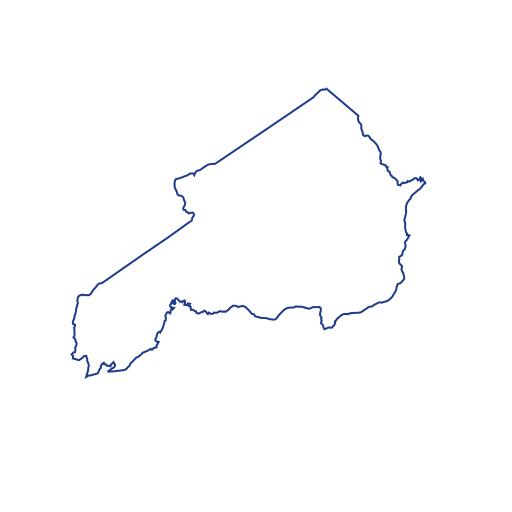 the district of Alto Garças, Mato Grosso, Brazil, rotated 205°
{"feature_id": "56859067B91016668393749", "entity_name": "Alto Garças", "entity_type": "district", "adm_level": 2, "iso_a3": "BRA", "parent_name": "Brazil", "parent_adm1": "Mato Grosso", "projection": "equal_earth", "projection_center": [-53.581, -16.842], "detail": "fine", "context": "isolated", "style": "outline", "palette": "blue", "viewbox_px": 512, "rotation_deg": 205, "n_neighbors": 0, "source": "geoboundaries", "source_scale": "gbopen_adm2", "svg_char_len": 6109}
<svg xmlns="http://www.w3.org/2000/svg" viewBox="0 0 512 512"><g transform="rotate(205 256 256)"><path d="M330.8,258.4L343.4,235.9L359.5,208.8L384.0,166.6L385.5,165.3L386.6,164.8L387.3,163.2L388.2,159.3L388.7,158.0L389.1,156.5L389.9,151.4L391.1,149.7L393.4,148.8L394.6,148.1L397.0,147.6L397.7,146.7L398.7,146.3L399.7,144.8L400.0,142.8L399.4,141.8L399.0,139.8L397.9,138.6L397.3,137.1L397.4,135.6L396.9,134.2L396.7,132.8L396.3,131.0L395.7,129.7L395.4,128.0L395.0,124.4L394.2,122.6L394.4,120.6L394.0,118.4L393.0,117.0L391.1,117.3L390.4,116.0L390.5,114.0L389.3,112.2L387.3,108.2L386.8,106.8L387.0,105.1L385.3,104.6L382.3,101.5L381.4,100.6L381.2,99.2L381.0,97.9L381.2,96.3L380.0,94.9L379.4,92.4L380.7,91.4L381.5,88.7L379.4,88.0L378.7,85.8L376.4,86.2L375.3,86.3L372.4,86.8L370.8,89.4L370.0,91.1L369.5,92.8L367.5,93.7L366.5,92.2L365.3,91.2L364.8,89.8L363.8,88.8L362.9,88.2L361.3,86.3L360.8,84.1L359.8,81.1L358.8,74.6L357.1,76.9L355.6,78.0L354.7,78.3L353.9,79.3L350.3,82.2L349.7,83.6L349.9,85.1L349.8,87.9L349.3,89.0L350.1,90.8L350.0,92.5L349.5,94.0L348.8,94.9L347.9,93.7L346.1,94.4L345.1,93.6L343.9,93.7L342.5,94.6L341.3,94.5L341.5,96.2L340.3,99.6L339.2,98.7L337.9,98.1L337.4,96.6L337.6,95.3L338.3,93.9L339.5,92.4L340.6,90.0L341.7,88.4L336.0,91.4L327.9,96.5L326.5,97.7L325.7,99.0L325.1,101.3L324.3,102.9L324.3,105.8L323.7,107.1L322.9,109.3L322.6,110.5L321.5,113.4L320.1,114.9L318.5,118.1L317.8,120.6L316.5,121.7L315.5,123.0L314.2,124.3L313.4,125.4L312.3,127.3L311.1,126.9L310.3,127.5L309.9,129.4L308.5,130.3L307.5,131.2L308.4,132.8L307.9,134.7L308.0,137.0L309.4,136.3L310.2,136.8L311.3,136.8L312.0,137.8L312.0,140.9L312.6,143.0L312.6,144.8L311.6,146.5L310.5,146.1L310.5,147.7L310.1,149.0L310.1,151.3L310.9,156.7L311.3,158.4L310.7,159.8L311.2,160.8L311.7,162.2L312.6,163.0L313.1,164.8L312.7,167.1L312.1,168.1L309.5,167.7L309.7,169.1L310.3,170.4L310.4,172.6L309.8,173.9L312.2,173.8L313.1,175.1L312.8,176.7L313.0,178.7L312.7,181.4L312.2,180.2L310.9,178.0L309.3,178.0L309.1,179.4L310.3,180.4L311.1,182.2L311.0,183.6L309.8,184.1L306.8,183.0L305.4,182.3L304.3,183.3L303.1,183.0L302.9,184.5L302.0,185.5L300.9,184.6L300.4,182.9L300.3,181.4L297.8,182.3L297.8,184.2L296.8,184.4L295.6,184.8L295.6,182.3L293.9,182.5L293.0,180.8L292.0,179.7L290.3,180.7L288.3,180.2L286.9,180.5L286.0,179.3L283.9,179.4L281.4,182.4L280.2,183.2L279.8,184.7L277.7,184.4L276.4,183.4L275.0,183.0L274.9,184.7L273.7,184.7L272.4,184.4L270.5,185.7L270.2,187.0L268.1,187.6L266.5,189.2L265.4,190.8L262.6,191.3L261.5,192.4L260.1,192.4L257.8,196.5L257.6,198.2L256.6,199.7L255.9,201.2L253.8,202.1L252.3,202.4L250.6,202.1L249.5,203.3L246.6,205.3L245.3,205.2L243.8,205.3L242.0,204.6L239.9,204.0L235.4,201.8L233.7,202.3L232.3,201.8L231.4,201.0L228.6,201.4L227.5,201.9L226.1,201.7L222.2,203.4L220.6,203.9L218.9,204.3L217.2,204.4L215.6,205.0L213.4,205.6L212.1,206.4L211.0,208.1L210.3,212.0L208.1,218.3L207.3,220.0L206.6,221.0L204.9,222.7L203.5,223.6L201.0,224.7L199.5,225.8L198.5,227.3L196.7,227.7L195.6,228.1L194.7,228.7L193.5,229.2L191.9,229.4L190.5,230.0L189.2,229.8L187.8,230.3L186.6,230.3L185.3,230.8L183.9,232.3L183.1,233.5L181.8,234.3L180.6,234.7L179.4,235.4L178.0,235.9L176.9,236.6L175.2,236.0L174.4,234.5L173.4,230.0L171.3,228.1L170.4,227.6L170.3,226.2L169.2,225.2L168.8,222.7L167.5,222.3L165.9,221.4L164.3,219.4L163.0,218.6L160.1,221.8L158.7,222.3L156.9,223.2L156.5,224.8L155.9,226.2L155.9,228.8L156.9,230.1L156.2,231.4L156.0,233.2L153.6,238.5L152.4,240.0L151.2,240.9L150.1,241.4L149.0,241.6L147.9,242.8L146.9,243.0L146.0,244.3L144.6,245.1L143.3,245.6L142.3,246.4L140.8,246.9L137.2,249.2L136.3,250.6L134.1,254.4L132.6,256.9L131.1,258.4L129.4,259.4L128.6,261.2L125.4,265.4L124.1,266.4L122.9,266.7L121.9,267.1L120.7,268.4L118.2,270.5L116.8,272.7L115.6,275.6L115.2,277.3L114.6,283.6L114.9,285.4L115.3,287.1L115.8,290.1L114.7,291.6L113.8,292.2L113.1,293.7L112.0,297.9L113.1,300.0L115.4,302.8L116.4,303.3L117.2,304.2L118.5,305.2L119.0,307.7L119.9,308.8L122.4,309.7L123.7,310.5L125.0,313.9L125.9,315.7L124.8,317.2L124.1,318.5L124.9,322.5L124.1,325.4L124.4,327.5L125.0,329.0L125.9,329.9L126.8,331.7L126.6,333.1L126.0,334.5L125.8,338.2L125.6,339.5L126.7,339.5L128.2,338.8L128.7,340.2L130.3,341.2L132.7,344.5L133.5,346.0L134.2,348.1L136.7,351.0L137.7,356.3L138.7,360.0L139.5,360.9L141.0,364.4L141.3,366.4L141.5,368.3L141.1,369.9L140.9,371.4L140.3,373.2L140.4,375.5L140.0,377.7L137.7,382.4L136.8,384.5L136.0,385.6L135.4,387.5L134.4,392.0L133.3,393.4L134.1,394.4L136.4,395.0L137.3,396.2L138.0,393.3L139.0,394.3L139.2,396.4L140.3,396.9L140.4,395.6L140.4,394.0L141.4,392.9L142.7,394.1L143.9,394.2L145.2,393.6L145.6,392.0L147.1,390.4L148.3,388.3L150.2,388.1L150.1,386.8L152.1,385.1L153.0,384.5L154.0,384.6L154.7,383.3L155.0,381.0L157.5,380.5L158.4,381.6L159.0,383.3L160.1,384.0L162.4,384.9L163.8,385.3L165.5,385.0L166.7,385.9L167.8,385.9L170.8,389.0L171.8,388.7L173.1,389.4L173.9,390.6L174.2,392.2L175.9,391.9L176.7,393.0L177.9,392.7L178.9,392.9L180.7,392.5L182.3,392.7L183.0,395.3L184.2,396.2L184.9,397.3L185.7,399.3L186.1,401.6L187.2,402.9L188.4,403.5L189.4,404.4L190.3,405.2L192.1,406.9L193.8,408.0L196.0,409.0L199.1,410.1L200.1,410.1L201.3,410.5L204.0,412.1L205.3,412.5L206.5,412.0L208.2,410.5L210.2,411.0L212.3,414.0L213.2,414.6L214.5,416.2L215.7,418.8L216.6,419.9L219.2,420.7L221.5,423.2L222.6,426.4L262.9,437.4L263.6,436.1L264.7,435.5L265.8,435.3L266.7,434.1L267.8,433.4L269.1,429.8L270.7,425.8L270.8,424.5L298.5,378.0L332.1,322.1L333.4,321.6L335.2,320.6L337.0,319.4L338.2,318.4L341.3,313.4L342.9,310.5L344.0,309.4L344.9,308.8L346.0,307.1L346.3,305.1L346.1,303.3L347.3,304.2L348.2,304.2L349.1,303.6L350.7,302.8L351.7,301.0L352.9,299.4L354.6,298.0L355.8,296.5L358.8,293.6L360.9,292.0L361.3,290.7L361.1,289.1L360.6,287.5L358.8,284.1L357.8,283.1L355.1,280.9L353.0,278.5L351.6,278.3L349.1,278.9L347.8,278.8L346.8,278.5L344.7,276.1L342.8,274.6L342.2,272.9L342.0,271.2L342.2,269.7L342.0,268.1L340.9,267.3L339.4,267.8L338.2,266.7L336.5,266.8L335.1,266.1L333.5,267.5L331.8,268.5L330.1,268.0L329.5,266.7L329.6,265.4L329.8,263.7L329.6,262.3L329.2,260.9L330.8,258.4ZM309.8,173.9L309.0,172.7L308.4,174.2L309.8,173.9Z" fill="none" stroke="#1e3a8a" stroke-width="2"/></g></svg>